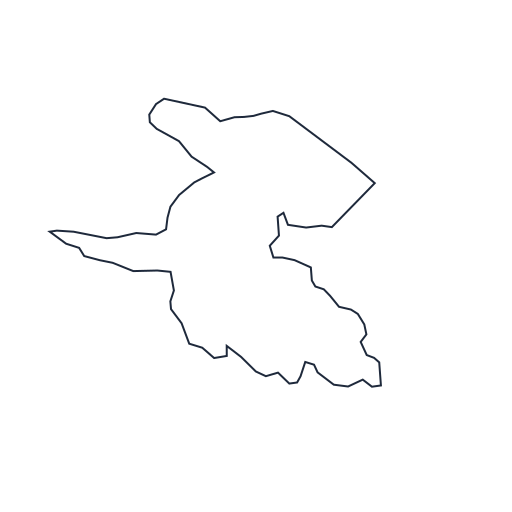 outline of Poço Dantas, Rio Grande do Norte, Brazil, rotated 228°
{"feature_id": "56859067B46276558587081", "entity_name": "Poço Dantas", "entity_type": "district", "adm_level": 2, "iso_a3": "BRA", "parent_name": "Brazil", "parent_adm1": "Rio Grande do Norte", "projection": "albers", "projection_center": [-38.522, -6.388], "detail": "fine", "context": "isolated", "style": "outline", "palette": "slate", "viewbox_px": 512, "rotation_deg": 228, "n_neighbors": 0, "source": "geoboundaries", "source_scale": "gbopen_adm2", "svg_char_len": 1253}
<svg xmlns="http://www.w3.org/2000/svg" viewBox="0 0 512 512"><g transform="rotate(228 256 256)"><path d="M226.7,331.7L230.7,393.0L261.3,389.3L337.6,374.3L352.5,365.6L358.3,355.1L361.8,347.9L367.4,340.1L373.5,332.9L380.1,319.6L400.4,317.4L434.4,292.9L435.8,283.4L432.5,271.3L426.4,266.6L416.9,267.3L392.9,275.6L372.9,274.6L354.9,279.3L346.2,280.7L349.8,267.9L352.0,259.4L352.8,239.7L349.9,225.4L343.7,215.9L336.0,207.0L338.8,196.0L353.2,182.4L362.6,165.6L369.2,156.9L396.1,136.7L408.1,125.0L412.1,119.0L392.2,123.1L380.4,130.0L370.9,128.3L357.4,137.1L346.9,144.9L326.9,154.7L311.2,173.0L301.4,181.9L285.3,171.9L279.6,162.0L273.4,157.3L255.8,155.7L235.5,147.7L223.8,154.7L208.2,156.6L201.3,167.4L208.8,174.1L191.0,177.4L170.3,178.6L160.1,182.9L154.6,194.3L138.9,195.4L134.5,201.9L136.8,208.6L144.3,221.7L136.4,226.4L128.3,223.9L117.8,225.9L108.3,227.7L97.4,237.1L92.7,252.6L81.3,254.7L76.2,262.2L94.5,276.4L101.3,275.6L108.3,272.0L122.1,276.3L123.9,285.6L132.7,290.7L144.8,292.9L152.7,290.7L162.7,283.7L176.7,284.4L185.9,284.1L193.6,279.7L200.4,281.1L210.8,289.1L227.1,281.9L237.2,274.6L243.2,267.9L254.4,273.1L255.8,286.7L270.8,298.4L269.7,305.3L257.8,300.6L243.6,312.3L234.6,325.1L226.7,331.7Z" fill="none" stroke="#1e293b" stroke-width="2"/></g></svg>